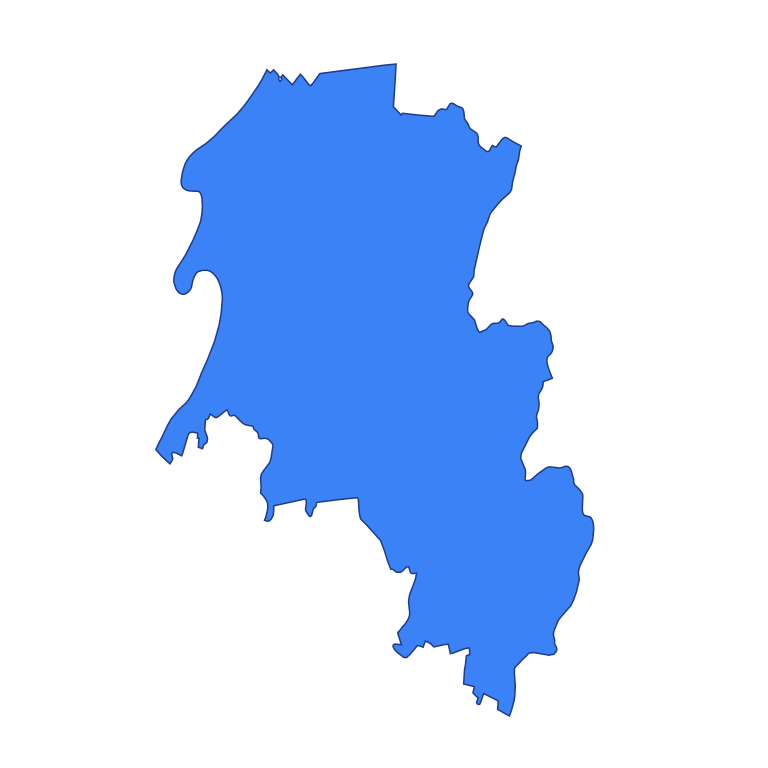 Vu Ban, Nam Định, Vietnam, rotated 185°
{"feature_id": "81297802B77828019918781", "entity_name": "Vu Ban", "entity_type": "district", "adm_level": 2, "iso_a3": "VNM", "parent_name": "Vietnam", "parent_adm1": "Nam Định", "projection": "equal_earth", "projection_center": [106.09, 20.382], "detail": "fine", "context": "isolated", "style": "filled", "palette": "blue", "viewbox_px": 768, "rotation_deg": 185, "n_neighbors": 0, "source": "geoboundaries", "source_scale": "gbopen_adm2", "svg_char_len": 6151}
<svg xmlns="http://www.w3.org/2000/svg" viewBox="0 0 768 768"><g transform="rotate(185 384 384)"><path d="M186.7,305.4L189.1,311.7L190.3,314.6L191.2,316.0L193.1,317.7L195.2,318.0L196.9,317.6L199.4,316.3L201.8,315.6L211.4,315.9L213.5,315.4L215.7,314.1L222.8,308.0L229.0,301.5L230.9,300.6L234.2,300.1L234.8,300.5L235.2,301.5L235.2,307.7L235.8,311.1L241.3,321.8L241.3,325.6L240.7,328.1L234.4,343.9L232.2,347.7L227.3,353.4L227.7,358.8L229.3,364.7L229.0,367.8L228.0,370.9L227.7,375.0L227.8,378.0L229.2,384.6L228.9,387.7L226.9,391.7L225.9,394.4L225.5,396.7L225.6,400.2L216.8,404.4L220.9,412.6L223.3,418.7L223.7,420.4L223.8,422.8L223.5,425.0L222.4,426.7L220.7,428.4L219.7,430.1L218.8,432.9L218.7,435.5L218.9,436.8L221.1,441.7L221.5,444.8L222.1,447.5L223.1,450.1L224.4,452.2L227.3,454.7L230.3,456.7L233.7,459.5L234.7,460.0L237.5,459.9L240.6,458.2L244.9,457.1L247.0,456.1L248.8,454.6L250.6,453.7L259.9,452.9L263.3,452.9L265.3,453.4L265.9,453.9L269.5,458.3L271.2,459.2L272.3,458.6L273.7,456.2L275.0,454.9L276.3,454.4L280.1,454.0L281.5,453.5L282.6,452.5L286.9,447.2L292.4,444.3L293.6,444.0L294.6,444.9L296.1,447.7L299.6,455.9L306.2,461.8L307.0,463.5L307.3,467.0L307.0,472.5L306.3,475.2L304.3,478.9L303.3,481.5L304.0,483.1L304.8,484.3L307.8,487.4L308.2,488.5L308.3,489.9L307.6,492.0L304.0,498.7L304.1,505.2L300.7,530.4L298.0,546.8L295.1,554.5L293.4,561.6L292.5,564.0L285.6,574.1L281.8,578.8L275.5,585.4L273.9,588.8L273.5,596.9L272.0,605.2L271.2,613.0L269.6,619.2L269.1,628.3L267.9,633.0L275.9,636.3L282.7,639.8L284.9,640.3L286.7,639.1L288.1,637.6L292.7,630.1L293.1,629.8L294.3,629.9L296.2,631.0L296.8,631.0L298.0,629.0L298.4,627.5L299.4,625.4L300.8,624.5L302.6,624.9L308.1,628.5L309.9,630.1L311.1,632.4L311.8,638.4L312.6,640.6L313.6,642.0L320.3,645.8L321.4,647.3L322.9,650.3L326.2,654.2L326.9,655.3L328.2,662.2L329.6,665.3L331.0,666.2L335.8,667.4L338.7,669.1L340.8,669.6L341.7,669.5L342.6,668.9L345.6,663.0L346.6,662.7L349.7,663.1L350.9,663.0L354.0,661.2L357.0,655.8L357.9,655.0L374.1,654.9L389.1,655.3L390.4,653.5L398.8,661.0L399.4,689.9L399.9,703.8L410.8,701.8L474.9,687.7L481.0,677.5L483.0,674.9L483.4,674.7L484.8,675.6L491.3,682.6L494.4,685.3L501.4,674.1L511.7,683.0L513.7,680.5L512.2,678.6L513.9,676.4L515.8,678.5L515.0,680.5L517.1,683.4L521.3,687.4L524.4,683.9L528.1,686.9L528.9,684.5L532.7,675.4L535.0,670.6L545.3,652.5L549.5,646.2L554.0,640.0L567.6,624.7L574.0,616.5L582.1,608.2L591.4,600.7L594.3,597.6L597.3,593.9L600.2,588.8L601.2,586.2L602.4,581.6L603.4,576.0L603.8,568.3L603.2,564.9L601.7,562.3L600.5,561.3L597.5,559.8L594.8,559.4L585.8,559.7L584.1,558.9L582.7,556.7L581.5,553.2L580.4,545.4L580.2,538.8L580.7,531.7L581.2,528.8L584.3,518.1L586.7,510.9L592.9,495.4L600.8,480.2L601.3,478.8L602.1,475.6L602.5,472.3L602.4,468.0L602.1,466.8L599.8,461.3L597.3,457.9L595.6,456.8L593.6,456.0L592.1,455.8L590.8,456.0L588.0,457.6L585.1,461.1L584.3,463.5L583.5,470.2L582.4,474.3L580.7,478.0L579.4,479.5L574.9,481.4L570.7,481.8L569.1,481.7L567.1,481.2L564.5,479.8L561.2,476.9L559.5,474.8L557.0,470.7L555.4,467.0L553.4,460.9L552.7,457.0L552.4,453.7L552.4,439.8L553.4,428.5L556.5,411.8L561.9,393.2L566.8,378.9L570.7,365.7L574.4,357.2L577.3,351.2L580.0,347.4L586.2,340.6L593.2,330.3L596.3,323.3L600.3,312.3L603.3,305.1L605.6,298.7L598.9,292.4L590.3,285.8L588.3,289.6L588.0,291.1L588.2,292.5L589.4,295.2L589.3,296.2L588.9,297.0L587.7,297.6L584.7,297.0L579.3,294.8L578.7,296.5L574.8,315.7L574.2,317.6L573.4,318.6L570.9,319.4L565.3,318.9L565.2,313.9L563.7,314.1L563.4,304.8L559.1,303.7L558.4,307.2L557.5,308.4L555.4,310.3L555.0,312.8L555.1,314.5L555.7,316.4L558.5,322.4L558.8,331.9L558.5,333.0L556.9,333.4L555.7,334.7L554.6,339.0L549.7,336.0L548.2,335.9L545.6,337.6L540.1,343.0L538.6,344.1L537.6,344.4L535.9,340.4L534.6,339.0L533.7,338.8L530.8,339.7L529.5,339.5L523.1,333.9L520.7,332.3L518.5,331.3L511.0,330.5L510.5,330.0L509.9,328.0L506.0,324.9L505.2,323.8L504.8,323.0L504.3,320.2L503.5,318.8L501.4,318.8L498.5,319.5L496.9,319.5L494.4,318.9L490.7,315.5L489.3,313.6L489.2,312.7L490.1,300.1L490.9,296.0L496.7,286.7L498.3,283.5L498.8,279.8L497.6,272.0L497.4,269.3L497.5,264.6L495.0,262.6L492.2,259.5L490.2,256.5L489.5,254.4L489.0,250.5L489.2,247.5L490.1,241.3L491.2,237.8L488.7,237.2L487.1,237.3L485.8,238.2L484.5,239.7L483.0,243.2L482.8,247.0L483.1,253.1L452.5,262.6L451.5,261.4L451.2,260.4L451.0,258.0L451.3,252.8L450.9,250.7L447.0,245.9L445.8,245.6L444.7,246.6L443.6,253.2L441.0,256.5L440.9,259.5L440.3,260.3L419.9,264.7L400.8,268.4L400.0,267.6L399.4,266.3L398.0,256.5L396.9,251.5L395.6,247.6L389.2,242.2L373.8,227.8L369.6,219.2L364.9,207.9L361.2,200.2L358.4,199.9L356.3,198.1L354.5,197.6L351.4,197.8L349.1,199.5L345.9,203.4L343.6,204.2L341.3,198.7L340.8,198.1L340.0,197.7L338.6,197.6L335.0,198.4L335.7,192.7L336.7,188.4L340.0,176.9L340.5,172.6L340.5,168.6L338.5,158.6L338.4,157.1L338.6,154.5L339.7,151.2L341.7,147.3L344.4,143.8L347.1,139.3L348.6,137.8L348.3,136.2L343.9,125.8L350.3,126.0L351.7,125.2L352.2,124.4L352.0,123.0L350.8,121.1L349.5,119.5L347.2,117.7L340.7,113.5L339.4,113.3L337.6,113.5L334.3,117.2L328.0,126.1L327.2,126.4L325.8,126.2L322.1,125.2L320.4,131.6L314.9,129.4L311.4,126.4L301.0,129.7L297.3,130.4L294.3,121.1L290.6,122.5L282.0,126.7L279.2,127.8L276.1,128.5L275.6,126.7L275.1,121.7L277.4,121.0L278.1,120.5L278.3,120.0L278.4,111.6L278.9,106.6L278.5,92.1L267.6,90.4L268.5,84.1L265.1,81.1L262.8,79.6L263.9,75.6L263.9,74.4L263.4,73.6L261.9,73.0L260.8,73.2L260.1,75.0L257.7,84.3L242.6,78.3L242.4,69.7L230.2,64.2L229.6,65.7L228.4,71.0L226.7,80.8L226.5,84.4L226.9,94.7L229.0,107.5L229.1,111.8L228.8,113.1L221.0,122.9L218.7,125.2L216.7,128.1L215.5,128.7L211.4,129.5L195.6,128.2L194.3,128.9L191.7,129.3L190.9,129.9L189.1,132.7L188.7,133.6L188.7,135.0L189.6,137.3L191.4,140.0L191.7,143.8L193.4,148.8L193.3,152.3L190.3,162.4L189.3,164.4L187.9,166.8L178.8,179.2L176.4,185.0L174.1,194.0L172.5,205.4L172.5,206.9L173.9,212.8L173.8,215.6L173.4,217.8L173.0,219.9L168.1,232.6L163.5,242.6L162.5,247.1L162.4,257.0L162.8,260.7L163.8,264.8L164.6,266.6L166.4,269.0L167.3,269.6L172.4,270.4L173.2,270.8L174.2,271.9L175.0,273.7L175.5,276.6L176.2,290.1L176.7,292.0L179.9,295.7L185.3,300.3L186.5,302.3L186.7,305.4Z" fill="#3b82f6" stroke="#1e3a8a" stroke-width="1.5"/></g></svg>